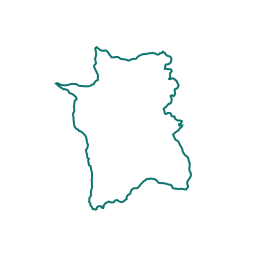 the district of Alvorada, Tocantins, Brazil, rotated 324°
{"feature_id": "56859067B88530431125425", "entity_name": "Alvorada", "entity_type": "district", "adm_level": 2, "iso_a3": "BRA", "parent_name": "Brazil", "parent_adm1": "Tocantins", "projection": "orthographic", "projection_center": [-49.109, -12.409], "detail": "fine", "context": "isolated", "style": "outline", "palette": "teal", "viewbox_px": 256, "rotation_deg": 324, "n_neighbors": 0, "source": "geoboundaries", "source_scale": "gbopen_adm2", "svg_char_len": 4384}
<svg xmlns="http://www.w3.org/2000/svg" viewBox="0 0 256 256"><g transform="rotate(324 128 128)"><path d="M197.8,86.3L196.7,86.7L195.6,86.3L194.7,85.6L193.7,83.7L192.3,81.9L189.9,80.5L188.3,79.6L186.1,78.9L185.1,78.1L184.3,77.4L182.2,76.7L179.6,76.2L177.7,76.1L176.3,76.5L175.1,76.7L174.0,75.9L172.6,75.1L170.5,74.3L169.3,74.2L167.9,73.7L167.0,71.9L166.0,70.9L165.1,70.0L164.2,69.2L162.8,67.9L162.3,66.5L161.8,65.1L161.1,64.1L159.1,63.0L157.3,62.1L156.2,61.1L156.3,58.8L156.0,57.8L156.3,55.8L156.1,53.3L155.6,52.2L153.8,51.3L152.9,50.6L152.1,49.9L151.3,48.2L150.0,44.1L148.3,44.3L146.5,48.2L145.9,49.1L144.9,50.4L143.8,51.4L142.2,52.4L141.2,54.5L140.8,55.5L140.2,56.9L138.5,57.3L137.2,57.6L136.6,58.6L136.0,61.1L135.5,64.0L135.2,65.2L135.1,66.3L134.6,68.0L133.0,69.7L132.0,71.4L130.3,71.2L129.2,71.1L127.3,71.8L125.9,72.3L124.2,71.9L121.6,71.5L120.6,71.0L118.5,69.6L117.7,69.0L115.6,67.1L113.9,65.7L112.9,64.5L112.4,63.2L111.9,62.0L109.8,60.3L108.5,59.3L107.5,58.9L104.6,57.8L103.3,57.2L102.2,56.6L101.4,55.9L99.9,54.6L99.1,53.7L98.4,52.4L97.3,50.2L95.9,49.8L96.2,51.1L96.4,52.7L97.0,54.1L97.2,55.5L97.8,56.4L98.4,58.6L99.8,59.5L100.3,60.5L101.2,61.2L101.7,62.6L101.1,64.4L101.3,65.6L102.6,67.2L103.2,68.7L103.6,70.1L103.9,71.5L104.0,73.1L103.3,74.6L101.8,74.5L100.6,74.9L99.8,75.7L98.9,76.7L97.9,78.0L96.9,78.7L95.3,81.7L94.4,82.9L91.7,84.1L91.1,85.4L89.5,88.4L88.7,89.5L87.4,91.9L86.2,94.1L85.7,95.1L85.6,97.8L86.1,99.2L86.8,100.1L86.6,101.5L87.4,102.2L87.8,103.3L88.5,105.0L88.8,107.4L89.0,108.5L88.7,111.1L88.0,112.2L87.5,113.6L86.7,114.9L86.1,116.6L85.9,117.9L85.1,118.8L82.8,120.6L81.3,120.9L80.2,122.7L79.6,124.4L79.1,125.9L78.4,126.7L77.6,128.7L78.2,130.0L76.9,130.8L75.9,131.9L75.8,133.3L74.8,134.3L74.6,135.3L75.3,136.7L74.8,138.0L73.8,139.8L73.2,141.3L72.6,143.1L71.9,144.0L70.8,145.5L69.4,147.5L67.9,148.7L67.6,149.9L66.4,151.3L65.4,152.7L64.9,154.0L63.4,155.5L61.4,156.7L60.7,158.0L59.7,158.7L59.3,159.8L58.3,160.9L57.1,161.5L56.1,161.7L55.1,162.5L54.3,163.7L53.1,164.9L53.1,166.9L52.2,168.5L52.3,171.1L51.8,172.8L53.3,174.1L53.9,175.1L55.0,175.1L55.9,174.1L57.5,173.9L58.8,174.2L59.5,175.1L60.4,175.8L60.0,177.1L60.9,178.2L63.1,176.3L65.2,175.7L67.6,175.9L69.2,176.2L70.1,177.8L71.7,179.1L72.8,179.7L74.4,179.2L75.5,179.2L77.0,180.0L77.5,181.9L78.4,183.1L79.1,184.1L80.5,184.7L81.8,184.7L82.8,184.6L85.2,184.7L85.9,183.4L87.3,182.5L89.1,182.2L90.5,182.5L91.7,182.3L92.8,180.9L94.3,180.2L95.7,180.1L97.2,180.1L98.7,181.2L99.6,181.9L101.1,182.1L103.4,181.7L104.6,181.2L106.5,180.8L107.9,180.5L109.1,180.4L110.6,180.3L111.7,180.5L112.6,180.2L114.0,180.6L115.1,181.7L116.3,182.0L117.8,183.3L119.1,184.7L119.9,185.9L120.3,187.0L120.4,189.0L120.5,190.1L121.3,191.1L122.5,192.2L123.6,192.7L124.6,194.0L126.1,195.4L127.5,197.5L128.8,198.7L129.5,199.9L129.2,201.4L128.9,202.7L129.6,203.9L130.3,204.6L132.0,206.0L133.8,207.7L135.4,208.4L138.8,211.9L142.0,210.9L142.7,210.0L142.7,208.7L144.0,206.6L145.0,206.0L146.0,205.7L148.8,204.6L150.6,203.8L151.5,202.7L152.3,201.3L152.6,198.9L153.7,196.8L155.3,195.3L156.3,194.0L157.4,192.6L157.7,190.7L158.3,189.2L159.1,187.5L159.0,186.0L158.2,183.5L158.2,180.4L158.8,178.2L159.5,177.0L159.8,175.1L160.0,173.9L160.1,172.1L160.5,170.3L160.7,168.7L160.5,167.4L159.5,165.1L159.8,163.7L160.6,159.8L162.4,159.6L164.7,159.4L166.5,159.5L167.9,159.5L169.6,158.7L171.4,158.8L173.4,157.8L172.1,156.9L170.9,156.1L171.6,154.9L172.9,155.5L174.2,155.1L175.6,154.3L174.8,152.7L173.6,151.8L172.5,151.2L172.1,149.6L171.6,148.7L171.8,147.5L172.4,146.0L170.5,144.6L170.5,143.2L171.1,141.8L170.7,140.6L169.8,139.7L168.9,139.1L167.8,139.2L166.7,138.9L166.4,137.7L167.4,135.7L168.0,133.7L169.5,133.1L170.7,133.3L171.9,133.1L173.6,132.7L175.1,132.3L176.3,133.1L178.0,132.7L179.1,131.4L180.2,130.8L180.6,129.6L181.2,127.2L182.6,127.2L183.7,129.1L185.0,128.7L186.2,128.1L186.9,126.5L188.4,124.3L189.7,124.4L190.8,124.7L191.9,124.5L193.1,124.0L193.9,123.3L194.3,122.3L194.4,120.9L195.0,118.1L194.4,117.3L194.4,116.1L194.1,115.0L193.0,113.9L190.9,113.3L190.1,112.5L191.3,111.9L192.2,111.5L193.1,110.1L193.6,109.1L194.5,108.3L196.9,107.7L197.2,106.2L196.5,104.9L194.8,103.9L193.6,102.3L192.6,101.8L193.7,100.8L194.6,99.8L195.6,98.9L196.6,99.3L198.8,100.3L201.3,100.0L202.1,99.0L203.2,98.4L203.9,97.2L204.2,95.2L203.6,94.3L202.3,92.8L202.0,91.7L201.7,90.4L202.1,89.0L201.5,88.0L201.1,86.7L199.7,87.2L197.8,86.3Z" fill="none" stroke="#0f766e" stroke-width="2"/></g></svg>